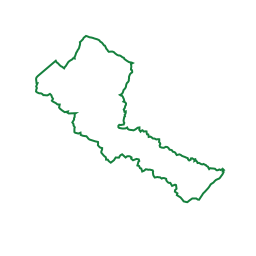 the district of Sete Quedas, Mato Grosso do Sul, Brazil, rotated 55°
{"feature_id": "56859067B99302609455873", "entity_name": "Sete Quedas", "entity_type": "district", "adm_level": 2, "iso_a3": "BRA", "parent_name": "Brazil", "parent_adm1": "Mato Grosso do Sul", "projection": "robinson", "projection_center": [-54.99, -23.874], "detail": "fine", "context": "isolated", "style": "outline", "palette": "green", "viewbox_px": 256, "rotation_deg": 55, "n_neighbors": 0, "source": "geoboundaries", "source_scale": "gbopen_adm2", "svg_char_len": 4718}
<svg xmlns="http://www.w3.org/2000/svg" viewBox="0 0 256 256"><g transform="rotate(55 128 128)"><path d="M218.9,74.9L217.3,74.8L215.7,75.0L215.5,76.3L214.3,77.0L214.2,78.2L213.7,79.4L212.6,79.9L211.3,80.1L210.0,81.5L208.9,82.9L208.0,83.8L208.2,85.1L206.8,85.0L205.6,84.7L204.0,85.5L202.9,85.5L201.9,86.3L200.8,86.7L200.5,87.9L199.6,88.8L198.4,89.3L197.2,89.9L196.6,91.1L195.2,90.8L193.5,90.9L193.2,92.5L192.0,91.1L191.6,92.1L190.6,92.4L189.6,92.8L189.0,94.0L189.9,94.8L189.7,96.5L188.3,96.8L186.9,96.4L185.8,97.2L184.4,98.0L182.7,99.2L181.8,99.8L180.4,100.2L179.1,101.0L178.5,102.5L178.1,103.6L177.0,103.6L175.3,103.4L174.1,104.0L173.1,104.9L171.4,104.8L170.4,105.5L169.6,106.4L167.7,106.3L166.2,106.7L165.1,107.8L164.8,110.0L163.4,111.6L161.9,112.6L160.4,112.1L159.6,110.7L158.5,110.4L157.3,110.6L156.2,109.6L155.1,108.9L154.3,110.0L153.6,111.4L151.9,112.3L150.8,113.7L149.2,114.0L147.9,114.6L147.2,116.2L145.9,115.5L144.9,115.1L144.1,116.0L143.1,115.7L141.4,114.8L140.6,115.8L139.9,117.2L138.2,117.4L137.9,118.6L138.2,119.8L137.2,119.8L135.9,119.8L135.0,118.9L134.1,118.3L133.3,120.0L133.4,121.6L133.4,122.8L133.1,124.8L131.8,126.1L130.8,127.3L129.8,128.2L128.5,128.7L127.1,128.4L126.9,130.3L125.8,132.1L125.1,133.0L123.8,134.3L122.9,135.2L121.8,135.4L120.7,134.6L120.4,133.3L121.5,132.1L122.0,130.8L122.7,129.5L121.7,128.1L120.6,128.0L119.3,127.3L118.4,126.4L117.7,125.6L116.9,124.9L116.7,123.7L115.3,123.2L114.9,122.0L114.1,121.0L113.1,120.3L112.7,121.6L111.4,121.1L110.4,120.9L109.7,119.1L108.4,117.7L107.9,116.5L106.7,115.5L105.3,115.6L103.7,116.6L103.4,115.4L101.9,114.8L100.6,114.6L99.3,114.3L98.2,114.4L97.3,115.2L96.3,115.6L96.6,113.9L96.2,112.4L95.7,111.5L94.4,109.9L93.9,107.6L93.1,106.1L92.1,105.2L91.2,104.2L90.5,102.9L90.4,101.7L89.7,100.2L88.6,99.4L87.8,98.5L86.8,98.0L86.0,96.9L85.1,95.5L84.8,94.3L84.8,92.7L83.9,92.0L82.8,91.6L81.9,92.1L80.8,91.2L79.8,90.2L79.0,89.7L77.3,88.9L77.5,86.9L76.5,87.5L75.2,88.8L74.4,89.5L73.4,89.9L72.0,90.5L70.5,91.0L69.4,91.4L68.1,91.1L66.9,92.0L65.4,92.4L63.8,93.2L63.1,94.2L61.8,95.0L60.0,95.6L58.8,95.9L57.6,96.1L56.3,97.1L55.3,98.7L54.6,100.0L53.6,100.2L52.2,100.1L50.5,100.3L48.7,99.9L47.3,99.7L46.5,100.3L45.0,100.3L43.2,100.4L42.2,100.8L41.2,101.2L39.7,101.2L38.0,102.1L36.6,103.2L35.4,104.2L34.2,105.0L32.8,106.2L31.7,107.4L30.8,108.0L29.8,108.6L28.5,109.6L28.7,112.6L29.5,114.1L29.7,115.5L30.0,116.7L30.1,118.2L31.1,118.6L32.5,119.9L33.3,121.0L34.2,121.9L34.8,122.9L35.4,124.7L36.2,125.9L36.5,127.0L37.6,128.5L38.6,129.8L39.1,131.0L40.5,131.8L39.4,132.8L39.8,134.7L39.6,136.4L39.6,137.9L39.8,139.3L40.3,140.4L40.9,141.9L41.5,143.2L41.8,144.7L42.5,146.1L41.3,146.5L40.3,146.7L39.4,147.3L38.3,147.7L36.8,148.0L34.9,148.2L33.3,148.8L31.5,148.6L33.7,172.1L34.1,173.9L34.7,174.8L35.8,175.6L37.0,176.2L38.8,177.2L39.4,176.4L40.4,178.0L41.3,179.4L43.0,179.7L43.8,181.0L45.4,182.4L46.8,182.0L48.6,180.9L49.7,179.4L51.0,178.7L52.5,178.5L53.3,177.4L54.2,176.4L55.1,175.2L55.3,172.4L57.2,172.0L59.0,172.6L61.1,172.7L62.0,174.7L63.0,174.5L66.3,172.8L68.2,172.3L68.9,171.4L69.6,170.5L71.7,172.7L73.0,172.7L74.4,172.3L75.5,172.0L78.7,170.8L79.5,169.1L80.0,167.8L80.7,168.8L82.1,168.2L85.9,162.3L85.9,163.6L88.4,165.4L89.0,166.6L90.2,167.4L90.6,168.4L91.5,170.4L93.5,170.4L94.8,171.2L96.9,171.2L97.7,172.2L100.5,174.2L101.6,174.0L104.1,171.8L104.6,169.6L106.6,170.7L108.5,169.4L109.7,168.2L110.9,166.8L112.6,166.6L113.9,166.6L115.3,166.2L120.0,162.6L122.2,160.6L123.3,161.2L124.8,162.5L126.4,162.4L128.1,162.0L129.6,160.7L130.8,161.6L131.9,163.3L132.9,164.0L136.7,163.7L138.0,163.4L138.9,163.0L140.4,163.4L141.3,164.1L142.4,162.7L143.9,162.8L146.5,162.0L146.4,159.5L146.3,157.9L145.8,156.7L145.1,155.0L147.1,152.4L146.3,150.8L146.0,149.7L146.2,147.9L150.8,146.9L150.7,144.9L151.3,143.9L152.2,142.8L154.1,142.0L154.9,143.0L157.3,142.4L158.2,138.8L159.9,137.2L161.5,137.7L161.7,139.0L162.9,140.3L164.1,141.8L165.5,140.7L167.8,141.2L168.8,140.4L171.8,141.3L172.2,139.3L172.0,137.1L172.8,136.2L173.8,135.4L174.6,134.0L176.8,132.1L177.9,132.3L178.8,133.2L179.7,133.6L181.0,134.3L182.4,134.5L183.9,134.5L185.1,131.9L186.1,131.0L186.7,130.1L188.8,129.4L189.0,128.1L189.9,127.0L191.5,125.9L193.0,126.7L195.4,126.5L196.5,125.9L197.2,124.8L200.7,125.1L201.4,122.0L202.3,121.4L203.9,122.2L205.6,123.1L205.9,125.1L207.0,126.1L209.9,125.0L211.0,126.5L215.0,124.8L218.5,124.5L220.0,124.5L222.1,122.7L222.8,121.9L222.6,119.1L222.6,115.7L224.9,112.5L226.6,111.9L227.5,110.9L226.3,107.9L225.5,105.8L224.7,104.0L224.3,101.5L223.8,99.3L223.3,97.0L222.8,95.4L222.1,93.7L221.6,92.6L221.6,91.2L221.7,89.3L221.2,87.4L221.0,85.8L221.3,84.0L221.7,82.4L221.5,81.1L220.9,79.5L220.2,77.3L218.9,74.9ZM217.3,74.8L217.4,73.6L216.3,73.8L217.3,74.8Z" fill="none" stroke="#15803d" stroke-width="2"/></g></svg>